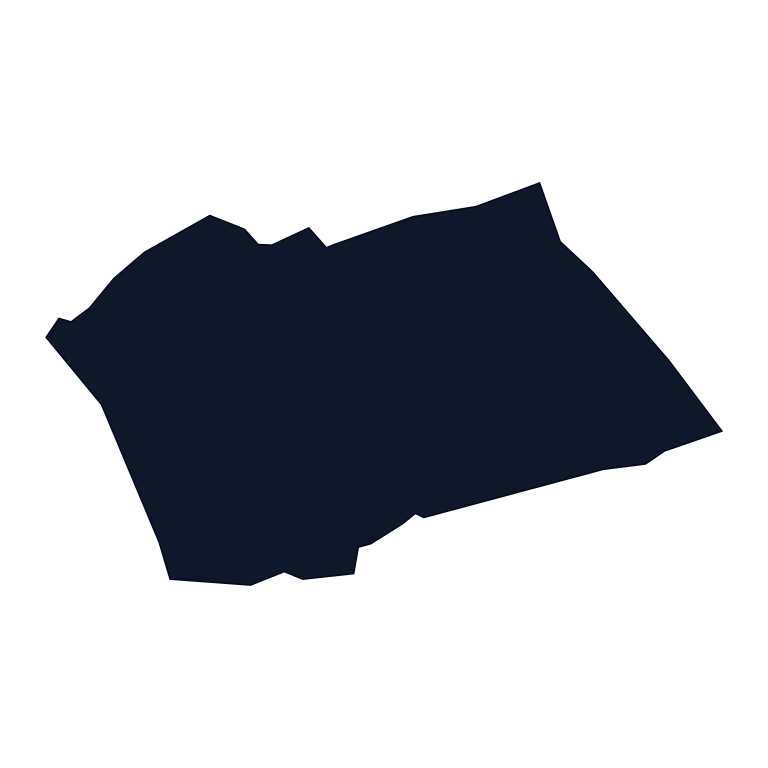 outline of Wythe, Virginia, United States of America
{"feature_id": "52423323B95970621217609", "entity_name": "Wythe", "entity_type": "district", "adm_level": 2, "iso_a3": "USA", "parent_name": "United States of America", "parent_adm1": "Virginia", "projection": "robinson", "projection_center": [-81.09, 36.916], "detail": "fine", "context": "isolated", "style": "filled", "palette": "ink", "viewbox_px": 768, "rotation_deg": 0, "n_neighbors": 0, "source": "geoboundaries", "source_scale": "gbopen_adm2", "svg_char_len": 560}
<svg xmlns="http://www.w3.org/2000/svg" viewBox="0 0 768 768"><path d="M721.9,431.1L669.0,360.7L592.6,271.9L560.2,241.6L539.6,182.9L475.9,206.6L412.9,216.7L334.3,244.5L326.4,247.7L308.8,227.9L271.7,245.1L258.2,244.5L244.5,229.3L209.8,215.5L144.4,252.3L113.8,278.5L89.5,308.0L71.0,321.9L59.0,318.4L46.1,337.3L101.5,404.6L159.2,542.5L170.1,579.2L250.5,585.1L284.3,571.6L302.7,579.2L353.7,573.6L358.3,547.2L370.9,543.7L402.5,523.8L415.3,513.4L423.8,517.5L603.4,469.3L645.5,464.0L664.5,451.0L721.9,431.1Z" fill="#0f172a" stroke="#020617" stroke-width="1.5"/></svg>